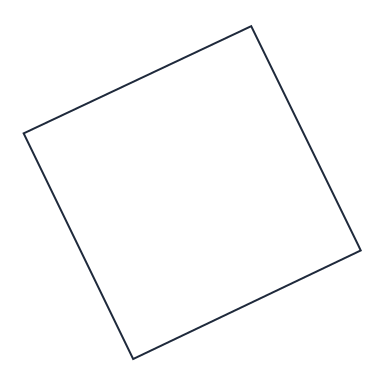 the district of Trego, Kansas, United States of America, rotated 64°
{"feature_id": "52423323B86059367536746", "entity_name": "Trego", "entity_type": "district", "adm_level": 2, "iso_a3": "USA", "parent_name": "United States of America", "parent_adm1": "Kansas", "projection": "orthographic", "projection_center": [-99.874, 38.915], "detail": "fine", "context": "isolated", "style": "outline", "palette": "slate", "viewbox_px": 384, "rotation_deg": 64, "n_neighbors": 0, "source": "geoboundaries", "source_scale": "gbopen_adm2", "svg_char_len": 230}
<svg xmlns="http://www.w3.org/2000/svg" viewBox="0 0 384 384"><g transform="rotate(64 192 192)"><path d="M68.9,66.1L65.5,317.6L316.3,318.1L318.5,66.0L312.5,65.9L68.9,66.1Z" fill="none" stroke="#1e293b" stroke-width="2"/></g></svg>